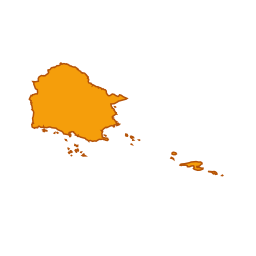 the district of Mueang Krabi, Krabi, Thailand, rotated 287°
{"feature_id": "78962969B35489784077256", "entity_name": "Mueang Krabi", "entity_type": "district", "adm_level": 2, "iso_a3": "THA", "parent_name": "Thailand", "parent_adm1": "Krabi", "projection": "equal_earth", "projection_center": [98.827, 7.974], "detail": "fine", "context": "isolated", "style": "filled", "palette": "amber", "viewbox_px": 256, "rotation_deg": 287, "n_neighbors": 0, "source": "geoboundaries", "source_scale": "gbopen_adm2", "svg_char_len": 5822}
<svg xmlns="http://www.w3.org/2000/svg" viewBox="0 0 256 256"><g transform="rotate(287 128 128)"><path d="M100.5,38.8L101.2,38.9L101.4,39.9L101.8,40.4L101.6,41.0L101.8,41.5L103.4,41.9L103.7,42.6L103.2,44.4L103.9,47.0L104.6,46.9L104.0,47.5L104.6,50.3L105.9,52.3L106.2,53.6L106.0,55.0L106.8,59.3L105.9,61.2L105.5,64.6L105.6,65.3L104.8,67.1L103.6,68.2L104.2,73.0L103.7,74.2L102.8,74.9L103.1,75.5L104.7,75.4L105.2,73.3L105.7,73.0L106.5,73.2L106.8,73.5L106.6,74.5L107.8,74.7L108.1,75.2L108.4,76.9L108.1,76.9L106.9,79.5L106.5,79.9L106.0,79.7L105.8,81.6L106.4,82.3L105.3,82.4L105.7,84.1L105.4,85.2L105.6,90.2L104.7,91.4L104.7,92.7L103.9,94.3L104.3,94.2L105.1,95.7L104.9,98.0L105.9,99.9L106.1,101.4L108.4,103.4L109.0,104.4L109.1,105.4L109.8,106.6L110.1,107.6L109.8,108.2L110.0,109.2L109.8,110.4L110.0,111.9L111.0,112.5L111.5,111.8L112.1,111.6L112.1,110.7L111.7,109.8L111.8,106.1L115.2,104.6L117.1,104.8L117.4,104.2L117.4,103.9L117.2,104.2L117.3,103.9L117.9,103.5L118.3,104.2L119.9,104.8L122.2,106.5L122.3,107.0L122.0,107.2L122.2,107.7L124.7,110.4L125.6,111.9L125.5,113.3L124.9,113.8L125.0,114.2L125.3,114.6L125.7,114.4L126.1,113.5L126.9,113.9L127.6,115.9L127.6,116.3L127.1,116.6L128.5,118.5L129.1,118.8L129.0,118.0L129.3,117.7L129.0,116.8L128.5,116.8L128.6,115.8L129.7,115.0L130.4,115.1L130.6,115.7L130.8,115.2L130.5,115.0L130.5,114.6L131.5,113.0L132.3,112.3L132.2,111.2L132.5,111.2L132.9,110.3L133.5,110.1L133.8,110.4L133.8,109.8L134.1,109.7L134.9,110.1L137.8,112.4L137.9,113.0L138.6,112.2L139.2,112.2L139.2,111.3L140.1,110.7L140.9,109.4L141.6,109.4L142.2,108.4L142.4,107.0L143.1,106.9L143.6,105.9L145.9,104.6L147.3,107.8L150.1,110.6L150.7,110.8L155.1,117.8L156.0,118.5L156.5,114.3L157.3,112.0L157.3,110.3L155.4,109.6L155.2,108.8L155.5,106.5L156.1,105.0L155.9,103.0L153.6,101.2L153.2,99.8L154.0,98.4L155.2,97.1L157.0,96.4L157.9,95.1L157.7,94.0L158.2,92.7L157.4,91.7L158.1,91.2L158.4,89.9L158.4,88.4L157.9,88.2L158.3,87.8L158.1,87.6L158.6,87.3L158.2,84.8L158.5,84.6L158.9,82.9L158.9,82.4L158.6,82.1L159.0,82.2L159.1,81.9L159.2,80.0L159.7,79.9L160.0,79.3L159.7,78.5L159.8,77.2L161.2,76.2L162.5,76.4L163.1,76.1L163.7,74.9L164.2,75.2L165.1,75.0L164.9,74.5L165.9,73.7L166.1,72.9L166.5,72.8L167.7,70.5L167.5,68.6L167.2,68.3L167.5,67.9L167.3,67.2L168.3,66.2L168.6,64.4L169.2,63.6L169.2,62.7L169.7,62.7L169.6,62.3L170.1,62.0L170.9,59.4L170.6,59.2L170.4,58.3L170.4,56.1L170.7,55.6L170.4,54.5L170.8,53.9L170.9,52.7L171.3,52.0L171.1,50.9L171.4,50.6L170.9,49.9L171.0,48.6L170.7,48.0L170.6,47.0L169.9,46.5L169.7,45.8L170.5,45.2L170.4,44.6L169.8,44.3L169.2,44.7L168.0,44.4L167.2,43.1L166.8,41.8L165.2,40.8L164.7,39.7L164.4,39.8L164.4,39.1L163.8,38.5L163.7,37.8L162.9,37.0L161.1,36.4L160.3,35.2L160.3,34.7L159.9,34.5L159.1,35.3L158.6,35.2L158.2,35.8L157.5,35.8L156.2,35.3L155.4,34.4L153.9,33.6L153.5,33.2L153.6,32.3L153.1,31.9L152.9,29.9L151.0,28.1L149.3,27.7L146.5,28.6L145.1,25.8L144.6,23.5L143.6,24.8L142.4,25.1L138.5,28.1L138.1,30.1L135.8,31.1L134.2,31.3L133.4,29.2L132.7,28.6L131.9,27.0L130.8,26.8L130.8,25.8L126.7,25.2L126.4,26.1L125.9,26.5L125.7,27.4L124.1,27.5L123.7,28.0L123.7,28.6L122.6,28.2L122.2,28.8L120.7,29.9L117.9,31.1L117.5,30.8L116.8,32.3L115.3,33.3L111.4,34.0L109.5,33.9L106.2,35.3L105.2,35.4L105.4,35.7L104.9,36.2L104.7,36.0L104.6,35.3L104.1,35.5L103.4,34.9L101.0,36.0L100.7,36.8L100.5,38.8ZM115.8,202.9L113.9,198.3L112.7,196.8L110.4,192.6L109.1,189.5L108.5,188.8L107.7,188.6L107.7,189.9L108.2,190.4L109.4,194.4L109.4,195.6L108.4,196.1L108.4,196.5L109.0,198.3L110.4,200.0L111.0,201.7L110.7,202.3L110.0,202.4L109.5,202.9L108.4,202.4L107.9,203.4L107.9,206.9L108.8,209.3L110.6,211.6L111.5,211.5L111.1,209.7L111.1,207.5L110.5,205.6L111.1,205.0L111.4,205.0L111.8,206.3L112.8,207.6L114.7,208.5L115.4,209.3L116.4,208.7L116.7,207.2L116.1,205.7L115.8,202.9ZM111.6,224.3L111.6,223.1L110.9,221.5L110.0,217.3L109.8,218.0L110.2,220.9L109.1,223.1L110.0,223.9L109.2,225.1L109.9,226.6L110.1,226.6L110.3,226.0L111.1,225.7L111.6,224.3ZM116.9,177.4L115.9,177.8L115.8,179.3L116.4,181.1L117.4,181.9L118.2,181.0L118.2,178.8L117.8,178.0L116.9,177.4ZM121.1,133.3L120.8,133.0L120.4,133.5L119.7,133.4L119.2,134.5L119.4,134.9L120.1,135.4L120.4,136.2L120.7,136.0L121.0,135.1L121.1,133.3ZM121.6,127.7L120.5,127.8L119.7,128.6L120.0,129.3L120.0,129.8L120.6,129.9L121.6,129.0L121.6,127.7ZM88.9,92.8L88.3,92.2L88.1,93.2L88.9,95.5L89.3,94.0L90.2,93.3L89.6,92.7L88.9,92.8ZM112.6,178.0L111.7,177.8L111.8,179.6L111.3,180.9L111.9,180.6L112.3,179.7L112.6,178.0ZM92.3,86.1L91.9,85.7L91.5,86.4L91.5,87.1L92.3,87.1L93.2,86.1L92.8,85.7L92.3,86.1ZM88.7,81.5L89.5,80.4L89.5,79.8L89.0,79.5L88.7,80.1L88.1,80.5L88.1,80.9L88.7,81.5ZM96.2,84.0L95.4,84.3L95.6,85.2L96.7,85.0L96.2,84.0ZM102.4,48.1L101.3,47.1L101.1,48.6L101.7,48.5L102.0,48.9L102.4,48.1ZM87.0,79.6L87.7,79.3L87.5,78.4L87.1,78.3L86.5,79.2L87.0,79.6ZM100.5,47.9L100.0,48.0L100.2,49.2L100.7,49.3L101.0,48.6L100.5,47.9ZM91.6,85.2L91.9,84.3L91.3,84.0L91.1,84.9L91.6,85.2ZM96.4,82.9L96.6,82.1L95.8,82.2L95.8,82.8L96.4,82.9ZM98.6,71.6L98.1,72.1L98.1,72.8L98.7,72.3L98.6,71.6ZM91.2,77.0L91.1,76.7L90.3,77.3L90.9,77.7L91.2,77.0ZM102.8,62.4L103.1,61.5L102.9,61.4L102.5,62.1L102.8,62.4ZM101.6,51.3L101.8,50.5L101.3,49.9L101.4,51.3L101.6,51.3ZM90.1,85.0L89.8,85.8L89.9,86.4L90.3,85.1L90.1,85.0ZM85.2,81.8L84.6,81.4L85.1,82.0L85.2,81.8ZM144.4,109.9L144.6,109.5L144.5,109.1L144.1,109.6L144.4,109.9ZM118.1,136.0L117.7,136.1L118.0,136.8L118.2,136.3L118.1,136.0ZM110.3,232.5L110.5,232.0L110.0,231.7L110.1,232.4L110.3,232.5ZM102.1,59.4L101.8,59.1L101.5,59.0L101.5,59.4L102.1,59.4ZM114.3,109.1L114.3,108.4L114.2,108.3L113.8,109.1L114.3,109.1ZM91.4,90.5L91.1,89.9L90.9,89.9L90.9,90.4L91.4,90.5ZM119.7,141.9L119.5,142.3L119.7,142.6L119.9,142.5L119.7,141.9ZM113.4,136.5L113.6,136.2L113.6,135.8L113.4,135.8L113.4,136.5ZM114.3,107.5L114.4,107.1L114.2,106.8L114.3,107.5Z" fill="#f59e0b" stroke="#b45309" stroke-width="1.5"/></g></svg>